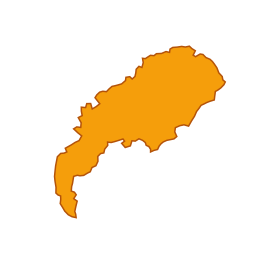 Figueira, Paraná, Brazil (orthographic projection), rotated 219°
{"feature_id": "56859067B25501189967357", "entity_name": "Figueira", "entity_type": "district", "adm_level": 2, "iso_a3": "BRA", "parent_name": "Brazil", "parent_adm1": "Paraná", "projection": "orthographic", "projection_center": [-50.428, -23.857], "detail": "fine", "context": "isolated", "style": "filled", "palette": "amber", "viewbox_px": 256, "rotation_deg": 219, "n_neighbors": 0, "source": "geoboundaries", "source_scale": "gbopen_adm2", "svg_char_len": 2028}
<svg xmlns="http://www.w3.org/2000/svg" viewBox="0 0 256 256"><g transform="rotate(219 128 128)"><path d="M172.7,130.8L168.8,129.9L165.2,129.1L166.2,124.5L167.8,120.3L172.4,123.5L175.4,121.0L173.8,117.2L177.4,114.8L174.9,111.8L171.4,108.8L173.2,104.8L167.7,102.6L165.1,98.7L168.5,96.6L169.7,93.1L163.9,92.7L159.0,92.7L158.1,87.4L160.0,83.6L161.4,79.3L164.0,72.8L160.5,70.9L161.8,68.3L164.3,65.9L164.8,61.2L160.4,53.0L157.3,48.2L154.6,44.1L151.3,40.8L146.6,36.6L143.1,32.1L140.2,31.9L137.6,32.8L135.2,30.0L133.1,26.6L129.3,25.3L124.8,23.6L119.8,23.0L115.7,23.8L111.9,25.7L114.4,28.1L116.8,29.6L119.0,33.9L121.5,39.2L125.7,38.9L126.2,43.5L129.2,44.4L132.4,43.3L135.0,47.1L136.3,50.1L137.8,52.7L139.8,56.2L137.6,59.4L135.3,60.6L132.6,63.3L131.1,67.5L129.8,70.2L131.1,74.6L129.2,78.5L130.4,83.2L133.6,86.9L133.2,90.9L131.1,93.4L132.8,96.9L132.8,101.7L135.0,104.2L132.0,106.1L129.9,108.9L127.2,112.9L125.0,116.3L122.4,115.6L123.3,112.1L117.9,111.1L114.9,115.6L116.9,120.5L114.1,122.4L112.7,126.5L108.8,127.6L105.4,127.6L103.0,126.0L100.1,126.7L97.1,125.7L95.4,123.6L93.7,127.0L91.5,129.9L92.4,133.5L92.4,136.5L91.8,139.4L90.1,142.8L88.2,145.1L85.4,148.5L84.7,152.1L89.2,154.4L91.4,158.1L89.1,162.5L86.5,165.7L82.1,167.6L83.1,173.5L83.7,178.9L85.1,184.0L85.2,188.1L85.5,191.6L84.0,194.7L82.8,197.4L81.1,200.4L78.6,204.1L80.5,207.1L83.1,211.4L82.0,214.1L81.1,217.5L80.7,222.0L81.4,225.0L84.6,225.1L87.2,227.3L92.1,228.0L96.8,230.7L101.1,232.0L104.3,232.8L107.5,233.0L111.8,231.8L116.0,232.3L118.5,230.9L120.4,225.9L123.2,225.6L124.3,230.4L128.3,229.9L131.8,230.2L134.4,227.0L137.6,225.2L140.7,221.8L143.9,218.8L145.0,215.8L143.3,212.9L146.6,211.3L148.8,207.1L152.7,203.6L153.3,200.6L156.3,198.6L157.3,195.6L158.2,192.8L160.6,191.3L157.3,188.4L155.3,183.8L158.3,182.8L158.6,178.8L156.6,175.7L155.0,172.4L155.6,168.7L158.9,169.0L161.5,166.1L159.8,163.3L160.7,158.3L162.9,155.1L164.8,152.5L166.6,150.3L167.3,146.5L167.6,142.7L170.7,140.7L172.6,138.0L173.1,134.2L172.7,130.8Z" fill="#f59e0b" stroke="#b45309" stroke-width="1.5"/></g></svg>